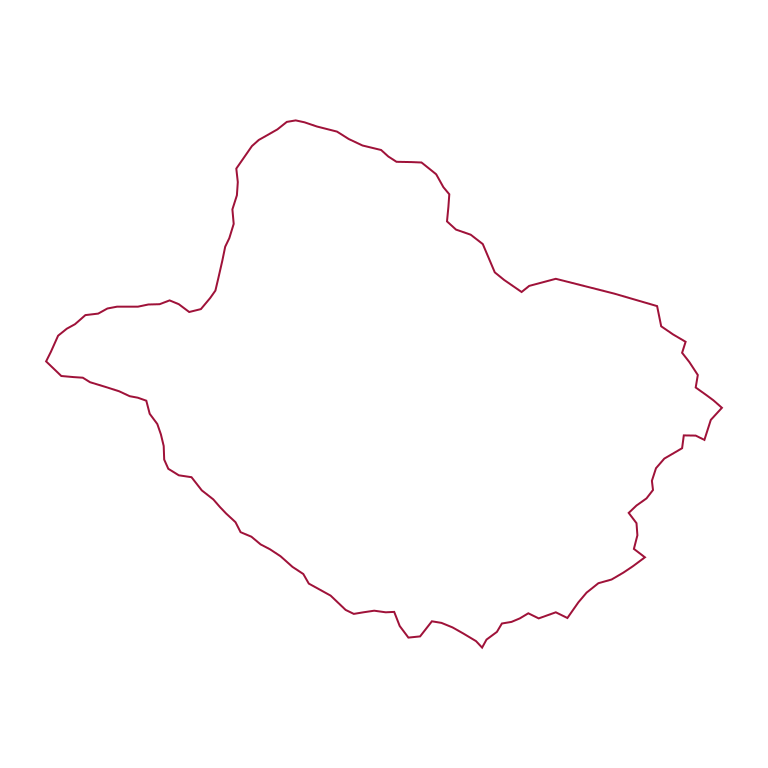 outline of Piraquara, Paraná, Brazil
{"feature_id": "56859067B90549461682461", "entity_name": "Piraquara", "entity_type": "district", "adm_level": 2, "iso_a3": "BRA", "parent_name": "Brazil", "parent_adm1": "Paraná", "projection": "mercator", "projection_center": [-49.059, -25.469], "detail": "fine", "context": "isolated", "style": "outline", "palette": "rose", "viewbox_px": 768, "rotation_deg": 0, "n_neighbors": 0, "source": "geoboundaries", "source_scale": "gbopen_adm2", "svg_char_len": 1892}
<svg xmlns="http://www.w3.org/2000/svg" viewBox="0 0 768 768"><path d="M657.1,306.1L614.2,293.6L555.8,278.8L529.2,285.9L521.6,292.0L504.2,280.0L494.8,272.4L482.8,244.1L470.7,234.7L456.0,229.6L447.0,221.4L448.4,206.9L449.3,194.3L443.4,187.2L436.2,174.3L428.4,168.0L421.5,162.5L411.9,162.1L396.5,161.8L388.3,156.5L381.1,150.0L371.2,147.6L362.5,145.5L348.7,139.0L337.0,131.6L316.9,126.5L304.5,122.3L295.7,120.4L286.8,121.9L277.4,129.4L258.7,140.0L251.9,146.1L236.3,168.6L237.8,182.1L236.9,195.3L232.4,209.4L233.7,223.9L229.3,238.2L225.2,246.7L222.3,260.8L218.3,278.3L215.4,290.6L210.1,298.1L200.9,309.1L189.2,312.0L178.8,304.2L169.6,300.4L159.6,304.2L148.3,304.5L137.8,306.7L126.5,306.7L116.9,306.7L107.4,308.5L98.2,313.6L85.4,315.1L75.0,324.2L66.8,328.7L58.1,335.7L50.9,351.8L46.1,361.4L61.3,376.0L73.7,377.1L82.8,377.7L90.0,382.2L105.1,386.8L119.2,391.3L129.7,396.2L137.8,397.7L146.3,400.7L149.7,413.8L157.3,424.0L160.9,434.4L163.7,446.0L164.2,459.6L168.3,468.8L178.8,475.3L191.5,477.2L201.8,490.4L213.3,499.4L220.0,507.1L226.1,513.5L235.5,522.2L240.6,532.2L251.4,536.7L260.6,544.4L270.0,549.3L280.6,556.3L292.5,566.9L303.3,574.0L308.8,583.6L330.6,595.6L345.6,609.9L353.8,613.9L363.4,612.3L374.2,610.7L385.7,612.3L394.2,611.9L399.7,626.0L408.4,637.6L420.1,636.4L431.9,621.3L441.5,622.9L452.5,627.4L463.3,633.5L476.0,641.1L482.1,647.6L486.5,639.6L496.9,631.9L501.9,623.5L511.5,621.9L519.8,618.4L528.3,613.3L538.7,618.4L555.8,612.3L567.4,618.0L578.4,602.3L586.6,592.6L598.4,583.2L611.6,579.5L623.4,572.6L632.8,566.3L644.9,557.3L633.9,548.9L637.4,535.3L636.5,523.2L628.7,512.9L636.5,505.5L646.5,498.4L653.0,490.0L651.9,480.8L656.0,468.2L664.3,458.6L682.1,448.2L683.8,435.4L695.7,435.6L704.4,439.9L710.8,419.9L721.9,407.8L713.4,400.3L706.5,395.2L695.7,387.5L697.8,375.0L689.3,362.0L682.1,352.8L685.6,341.8L673.0,334.4L661.2,326.3L657.1,306.1Z" fill="none" stroke="#9f1239" stroke-width="2"/></svg>